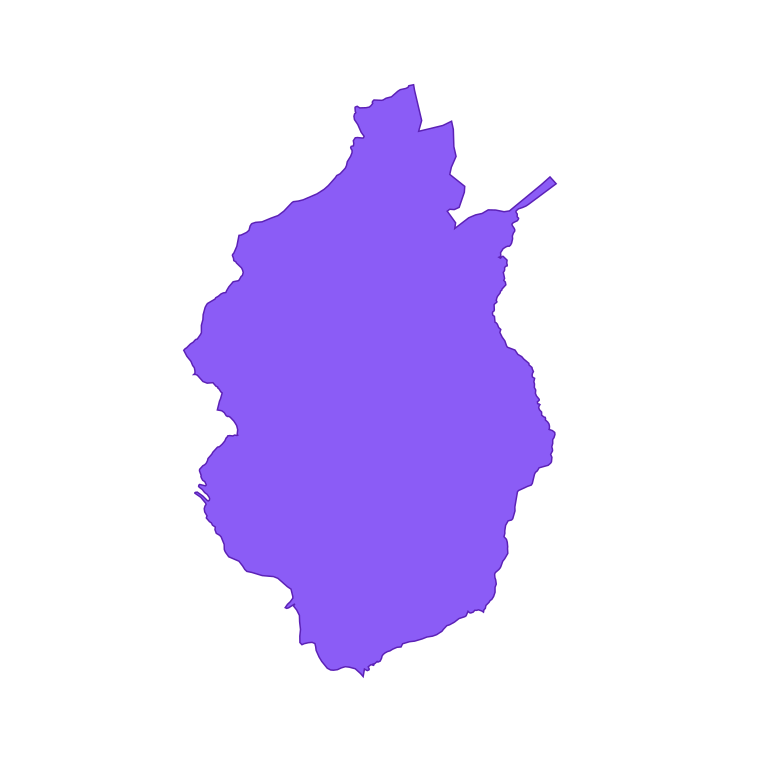 the district of Ilovita, Mehedinti, Romania, rotated 209°
{"feature_id": "2599482B41781803047638", "entity_name": "Ilovita", "entity_type": "district", "adm_level": 2, "iso_a3": "ROU", "parent_name": "Romania", "parent_adm1": "Mehedinti", "projection": "mercator", "projection_center": [22.488, 44.769], "detail": "fine", "context": "isolated", "style": "filled", "palette": "violet", "viewbox_px": 768, "rotation_deg": 209, "n_neighbors": 0, "source": "geoboundaries", "source_scale": "gbopen_adm2", "svg_char_len": 6171}
<svg xmlns="http://www.w3.org/2000/svg" viewBox="0 0 768 768"><g transform="rotate(209 384 384)"><path d="M330.5,642.6L339.2,645.6L343.1,634.5L358.2,596.2L362.5,592.9L370.6,590.3L377.3,586.8L380.9,580.7L385.9,576.3L390.5,570.4L397.5,554.3L399.5,559.7L412.5,565.8L411.2,568.7L407.1,570.6L403.9,574.9L406.7,590.7L409.2,596.0L428.1,599.2L430.2,606.3L431.3,618.0L438.0,625.5L446.8,640.3L452.3,646.6L457.9,638.6L476.2,621.8L478.8,632.7L499.7,655.7L503.2,660.1L506.9,656.9L506.8,655.1L508.2,653.1L512.5,649.3L513.9,646.7L516.7,638.8L520.8,634.9L522.4,632.1L523.5,631.0L530.5,627.5L531.0,625.6L530.8,624.7L529.9,623.9L530.3,621.2L531.1,619.1L533.7,616.9L539.1,613.7L542.1,613.9L543.4,612.3L543.3,611.6L541.3,608.5L540.3,607.8L540.2,607.2L540.7,606.1L540.1,603.6L538.0,600.9L532.7,598.2L526.0,593.1L521.5,591.0L521.3,589.4L522.0,588.7L526.7,586.7L528.5,585.4L528.8,581.9L527.1,579.8L526.2,577.5L527.9,575.9L527.8,574.7L526.9,573.8L525.2,572.9L524.1,570.8L523.6,567.0L523.9,560.7L522.7,556.8L522.5,554.0L524.3,546.6L526.4,543.4L526.6,540.9L528.9,530.5L530.8,525.2L534.8,517.8L544.1,505.8L547.6,502.5L551.7,499.5L552.5,497.8L555.4,486.6L558.3,480.0L563.4,474.1L569.3,466.7L574.7,463.1L577.1,460.5L577.5,459.8L577.7,457.3L576.6,453.0L577.7,449.9L581.2,445.0L582.9,443.7L579.5,433.1L578.8,425.7L579.2,423.9L578.9,422.9L576.7,421.1L575.2,419.1L572.8,419.0L571.7,418.3L565.0,416.5L563.2,415.3L561.2,413.3L560.5,410.3L561.1,408.7L561.1,405.1L561.5,403.7L565.5,400.3L566.8,393.7L566.9,389.4L566.7,387.3L568.7,385.8L570.2,383.8L571.4,380.5L573.0,377.9L573.0,376.3L577.4,368.9L577.6,367.6L577.6,364.4L575.8,357.0L573.6,352.5L572.2,346.8L568.6,340.4L568.5,338.4L569.1,332.7L570.0,332.0L570.7,330.4L571.0,328.4L572.7,325.2L574.2,319.9L575.0,318.6L575.5,316.4L569.9,312.7L563.8,310.2L560.3,307.4L557.8,306.3L555.7,303.8L554.7,302.0L554.6,301.4L555.0,300.1L553.5,301.0L551.5,301.2L543.6,298.4L539.1,299.0L534.3,302.2L529.9,300.6L527.9,300.7L527.5,300.0L525.7,299.6L522.8,298.0L521.2,297.7L519.8,291.7L519.6,289.4L517.2,280.5L513.4,281.8L512.3,281.9L509.8,281.5L506.7,279.8L505.2,279.7L504.1,280.4L502.5,280.4L497.4,278.8L495.1,277.6L492.7,276.2L489.8,273.1L488.1,269.0L487.1,268.3L487.6,267.7L489.9,266.9L491.0,265.3L493.9,264.1L495.5,262.9L495.5,261.3L495.9,260.2L495.6,256.9L496.4,252.7L497.6,249.3L499.0,248.1L500.6,241.4L500.6,239.1L501.8,233.5L501.2,231.2L501.1,228.3L501.7,226.4L502.8,224.7L503.9,220.0L503.3,218.6L499.7,215.5L499.2,214.2L498.0,213.2L495.9,211.9L493.4,211.7L490.5,209.6L490.7,208.5L491.0,208.3L496.5,206.8L496.9,205.9L496.6,204.7L495.5,204.1L491.8,203.6L488.2,202.1L485.1,201.7L481.9,200.1L480.9,199.2L480.4,197.7L481.0,196.5L481.9,196.4L488.3,198.2L494.9,198.9L496.3,197.9L496.7,197.3L496.5,196.8L489.4,196.1L482.2,193.3L481.2,192.3L481.4,190.5L480.8,187.8L478.8,185.2L474.9,182.9L474.5,180.7L469.9,179.0L467.6,178.8L465.6,177.4L462.2,177.1L461.2,174.6L458.3,172.1L454.3,172.0L452.3,171.3L446.0,166.2L443.5,161.9L442.4,160.9L440.7,159.8L436.0,157.6L425.0,158.7L419.4,156.3L415.8,154.3L413.1,153.6L408.3,155.1L397.6,157.4L387.3,162.0L382.6,162.6L370.3,159.9L365.9,159.5L360.7,153.9L359.9,152.5L360.4,148.2L361.6,144.5L362.0,140.5L360.3,140.6L358.9,142.0L355.4,148.5L355.6,146.0L350.8,144.0L345.8,140.6L342.5,135.1L338.0,128.8L335.4,122.7L332.2,117.1L329.4,116.2L327.9,118.2L324.7,121.1L321.6,123.2L318.6,123.5L316.3,121.0L314.2,118.1L308.5,113.8L304.0,111.2L295.8,107.9L292.0,108.0L289.4,109.2L286.2,111.6L283.7,115.0L280.8,118.0L277.1,119.5L271.1,121.0L264.2,119.4L260.4,118.0L262.9,125.2L259.7,125.2L259.0,126.1L258.5,126.9L258.9,127.7L260.7,129.0L259.4,132.2L256.7,132.9L256.8,134.0L257.5,134.0L256.4,135.2L255.5,138.0L254.5,137.8L253.0,139.8L253.2,143.1L253.8,145.0L253.6,147.1L252.7,149.3L251.2,151.7L249.4,153.5L247.9,156.2L245.0,160.0L241.6,162.3L241.8,165.8L236.7,171.0L232.5,174.0L227.0,179.6L223.8,183.5L219.3,187.0L216.4,190.3L213.4,196.0L213.1,198.2L211.9,203.1L209.9,205.2L206.9,210.0L204.7,215.2L200.5,219.7L199.8,221.1L200.3,225.9L198.3,225.4L197.1,225.8L195.4,227.7L194.9,230.1L193.3,230.9L191.9,232.3L188.4,232.9L186.4,232.7L187.1,234.9L186.6,236.9L187.5,239.7L186.3,243.9L186.2,246.1L185.3,247.8L185.1,251.2L185.9,255.7L188.3,260.0L188.8,263.4L191.4,266.9L193.1,268.4L194.8,270.9L195.2,272.1L195.1,273.3L193.6,277.4L193.2,279.6L193.3,281.1L194.2,286.5L193.7,289.8L193.6,295.9L196.2,300.0L196.9,301.6L199.5,305.4L201.6,307.5L205.0,308.6L205.9,312.0L207.1,314.0L209.1,319.3L209.1,324.5L206.5,326.9L206.1,328.6L207.9,336.5L209.9,339.8L215.0,354.4L214.7,356.0L208.8,364.1L206.2,367.0L206.1,369.0L208.6,378.0L208.7,380.1L207.8,382.4L207.7,385.9L201.0,392.5L199.9,395.5L199.8,397.1L201.6,401.3L204.1,403.2L204.2,407.3L205.2,408.8L206.8,410.4L207.6,413.8L209.5,417.2L209.3,419.5L210.0,422.7L211.2,424.4L214.1,424.9L217.6,424.3L217.8,425.3L218.8,427.3L220.3,429.0L222.4,430.1L225.4,430.8L226.1,432.3L226.9,433.0L227.9,432.7L230.9,433.1L232.6,435.9L235.4,436.8L237.2,438.2L237.8,440.5L237.5,441.5L238.4,441.7L240.1,441.3L241.2,442.8L240.5,444.5L240.4,445.2L240.9,445.9L244.9,447.5L247.0,449.2L248.4,452.3L250.8,453.8L252.4,457.0L254.0,458.6L255.0,462.0L257.6,462.1L258.6,463.3L259.3,465.2L259.3,467.3L261.6,469.0L262.6,470.2L266.4,471.0L267.3,472.3L273.9,473.6L276.8,474.7L281.3,474.8L285.9,477.2L293.9,476.0L295.3,476.8L299.2,480.3L303.4,482.3L307.7,485.3L308.3,488.3L311.1,489.0L313.9,491.3L315.6,491.9L316.9,491.9L320.2,496.7L322.3,497.0L323.6,498.7L323.8,499.9L323.2,501.3L323.5,502.4L326.1,506.6L326.1,507.5L325.0,510.2L325.3,510.9L326.3,511.4L327.1,514.2L327.2,515.8L326.6,519.9L327.1,521.8L326.5,523.0L326.8,524.3L325.5,529.8L327.3,532.0L329.5,532.7L329.7,534.8L333.8,539.5L333.6,541.2L333.8,542.3L335.0,544.4L334.4,546.3L333.6,546.9L333.8,547.7L335.3,549.3L336.4,552.0L341.7,553.4L342.5,552.9L343.1,550.5L344.9,550.6L344.0,551.7L344.3,553.3L345.7,555.3L345.4,560.1L343.8,563.1L342.6,564.5L341.2,565.3L340.7,566.8L340.7,569.1L341.9,573.3L343.5,575.7L344.0,578.8L343.8,581.1L344.4,582.3L345.5,583.2L348.6,584.8L349.6,585.8L349.2,587.7L346.5,591.5L346.4,593.8L346.8,594.3L348.6,594.8L349.9,597.3L351.6,598.1L352.2,598.8L352.3,599.6L351.3,602.4L348.5,605.4L346.1,608.5L344.7,611.2L330.5,642.6Z" fill="#8b5cf6" stroke="#5b21b6" stroke-width="1.5"/></g></svg>